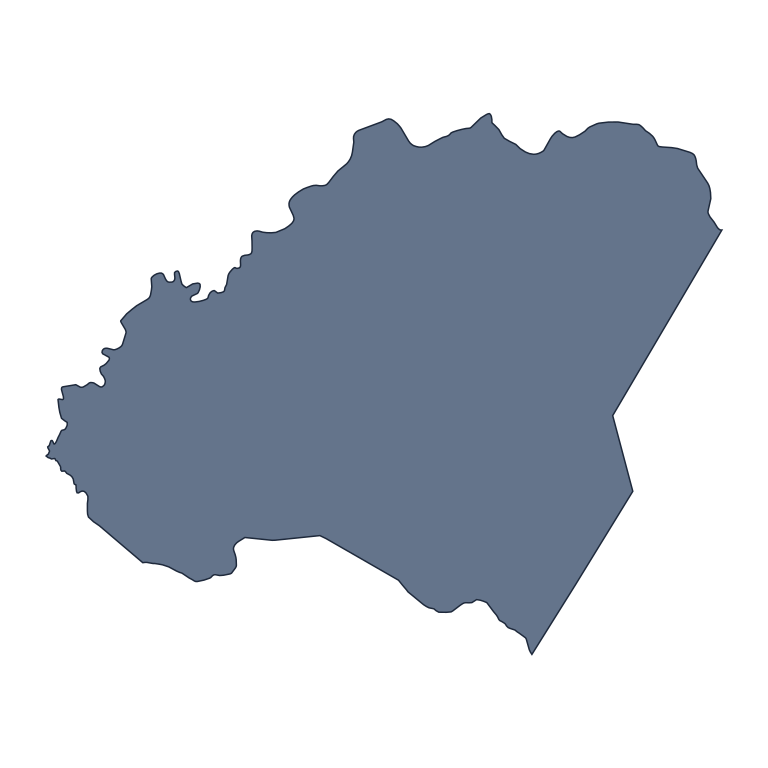 San Marcos, Santa Bárbara, Honduras
{"feature_id": "27666195B40809128774202", "entity_name": "San Marcos", "entity_type": "district", "adm_level": 2, "iso_a3": "HND", "parent_name": "Honduras", "parent_adm1": "Santa Bárbara", "projection": "natural_earth1", "projection_center": [-88.436, 15.258], "detail": "fine", "context": "isolated", "style": "filled", "palette": "slate", "viewbox_px": 768, "rotation_deg": 0, "n_neighbors": 0, "source": "geoboundaries", "source_scale": "gbopen_adm2", "svg_char_len": 6037}
<svg xmlns="http://www.w3.org/2000/svg" viewBox="0 0 768 768"><path d="M57.5,461.4L60.4,466.4L60.7,467.7L60.6,468.4L60.9,470.1L61.8,471.2L64.7,471.0L65.6,471.8L66.7,473.3L70.2,475.2L71.8,476.6L73.2,478.9L74.1,483.8L74.8,484.4L75.8,484.7L76.1,486.1L76.1,488.0L76.5,491.3L77.1,492.8L78.6,492.9L80.4,491.7L82.1,491.1L84.0,491.3L85.8,492.7L87.0,494.6L87.9,496.3L87.9,499.6L87.4,503.4L87.4,511.0L87.6,514.2L88.5,517.1L93.6,521.8L99.3,525.7L142.8,562.7L144.9,562.4L146.9,562.4L153.0,563.5L154.8,563.5L158.7,564.1L162.5,564.8L168.8,566.9L176.4,571.0L179.6,572.4L181.9,573.1L189.2,578.0L192.2,579.6L194.4,581.0L195.8,581.5L197.4,581.5L204.0,580.1L209.6,578.2L210.7,577.6L212.6,575.6L214.0,574.8L215.4,574.7L219.5,575.5L221.4,575.4L223.7,575.2L230.1,573.9L231.5,573.2L235.4,568.0L236.1,566.7L236.4,565.4L236.2,559.8L235.9,557.5L235.2,554.7L233.9,551.0L233.5,549.3L233.5,548.1L233.9,546.7L234.9,544.8L236.7,542.8L238.6,541.4L244.9,537.5L272.2,540.3L275.2,540.2L319.9,535.6L326.1,538.6L398.5,580.2L402.7,585.4L406.7,590.1L407.9,591.8L423.6,604.7L426.4,606.5L429.0,607.8L433.9,608.8L436.1,610.7L438.8,612.2L446.3,612.3L451.1,611.9L452.8,610.9L460.3,605.2L462.9,603.5L464.3,602.9L465.8,602.7L469.0,602.8L471.9,602.6L476.6,599.6L480.2,600.2L483.4,601.2L486.6,602.5L487.2,603.1L493.6,611.7L496.3,614.9L497.6,616.9L498.8,619.4L499.7,620.5L502.2,621.8L504.7,623.4L505.4,624.1L506.5,625.9L508.2,627.6L510.3,628.5L514.9,630.0L517.1,631.8L519.4,633.3L525.5,637.8L526.1,638.7L526.5,639.9L529.3,649.8L530.4,652.1L531.9,654.4L575.8,584.2L632.8,491.3L612.7,415.6L721.9,230.0L720.8,230.0L719.7,229.7L718.7,228.9L717.5,227.7L714.0,222.0L710.0,216.9L708.4,213.8L708.0,212.4L708.0,211.2L710.8,198.7L710.5,192.5L709.8,188.4L709.0,185.7L707.7,183.1L697.7,168.2L696.7,164.9L696.2,160.7L695.7,158.5L695.0,156.5L694.1,154.9L692.6,153.6L690.1,152.4L677.5,148.5L671.5,147.6L662.3,147.0L659.4,146.6L658.6,146.3L657.9,145.8L657.3,144.8L654.9,139.6L653.7,137.6L652.6,136.2L649.5,133.4L645.5,130.7L643.2,128.1L641.3,126.3L639.7,125.1L638.8,124.6L636.8,124.3L633.2,124.3L618.0,122.0L608.2,122.1L598.9,123.2L596.8,123.8L589.7,127.0L587.8,128.3L585.0,131.2L579.5,134.8L575.1,137.0L572.4,137.6L569.7,137.4L567.0,136.5L562.5,133.7L559.9,131.3L559.2,131.0L558.2,131.1L556.8,131.7L554.8,133.2L552.1,136.2L550.5,138.6L544.1,150.0L543.5,150.8L541.3,152.2L538.7,153.4L536.1,154.1L533.6,154.3L529.4,153.6L525.4,152.0L520.1,148.6L515.8,144.4L509.7,141.4L504.3,138.3L501.8,134.8L498.9,129.6L494.8,125.4L492.1,122.9L491.9,122.2L491.9,119.6L491.3,116.2L490.3,114.3L489.3,113.6L488.1,113.8L486.5,114.5L480.8,118.0L471.1,127.4L470.3,127.9L469.5,128.2L466.0,128.5L461.7,129.4L457.1,130.6L452.9,132.0L451.1,132.9L449.5,134.7L448.3,135.6L446.5,136.4L443.0,137.3L440.3,138.6L434.9,141.4L428.3,145.5L425.3,146.6L421.7,147.2L418.9,147.1L416.2,146.5L413.5,145.6L411.8,144.5L410.2,143.1L408.6,141.0L401.0,128.1L399.6,126.3L397.4,123.8L393.8,120.9L391.1,119.3L388.6,118.9L386.3,119.4L381.8,121.8L358.7,130.4L357.1,131.3L355.7,132.5L354.4,134.3L353.6,136.5L353.5,138.6L353.8,142.2L352.4,152.2L351.6,155.7L350.1,159.2L348.4,161.8L346.7,163.8L337.9,171.0L333.3,176.4L328.7,182.5L326.9,184.4L325.9,185.0L324.9,185.4L322.3,185.8L319.9,185.8L316.2,185.3L313.5,185.5L311.5,186.0L306.8,187.6L303.3,189.0L298.7,191.8L294.8,194.7L292.5,196.9L290.9,198.9L290.0,200.3L289.3,202.0L289.0,203.6L289.1,205.7L289.4,207.2L293.2,215.3L294.0,218.2L293.9,219.6L293.5,220.9L292.2,222.9L290.9,224.2L288.5,226.2L284.8,228.7L275.9,232.4L271.2,232.8L266.8,232.7L262.7,232.2L259.3,231.2L257.1,230.9L254.7,231.3L253.7,231.9L252.9,232.5L252.1,233.9L251.7,235.8L252.0,240.9L252.1,248.0L252.0,251.2L251.5,252.9L250.8,253.8L249.2,254.6L247.6,255.0L244.7,255.3L242.7,256.0L241.8,256.5L241.1,257.5L240.6,258.9L240.4,260.9L240.6,265.1L240.4,266.5L239.9,267.4L239.0,268.0L237.1,268.4L236.2,268.2L235.0,267.6L234.3,267.7L232.4,269.2L229.8,272.2L228.7,274.0L228.1,275.6L226.6,284.5L225.0,287.6L224.5,290.5L224.1,291.2L223.4,291.8L221.2,292.6L217.7,293.1L214.4,290.6L213.3,290.7L211.6,291.5L210.1,292.8L208.6,295.4L208.0,297.8L207.3,298.6L206.4,299.2L203.5,300.3L199.3,301.4L194.9,302.0L192.9,301.9L191.7,301.4L190.8,300.6L190.4,299.4L190.5,298.1L191.2,296.9L192.0,296.0L197.5,293.4L198.2,292.5L199.5,289.7L200.2,286.8L200.1,284.6L199.8,284.0L199.2,283.5L197.7,283.1L192.7,283.9L186.6,287.5L186.3,287.6L185.6,287.2L183.4,285.6L181.9,284.0L181.0,280.9L179.3,273.5L178.5,271.7L178.0,271.2L177.4,271.0L175.9,271.4L174.6,272.5L174.5,274.2L174.9,278.0L174.7,279.3L174.3,280.4L173.5,281.3L172.8,281.8L171.8,282.1L169.2,282.2L168.0,281.9L167.2,281.4L166.3,280.3L165.4,278.8L163.5,274.6L162.6,273.7L161.4,273.1L159.5,273.1L156.8,273.8L154.2,275.2L152.4,276.7L151.5,277.8L151.2,278.7L151.8,286.7L151.4,290.1L150.5,295.0L150.0,296.4L149.4,297.5L148.5,298.5L147.0,299.6L136.8,305.6L132.3,309.1L126.7,313.8L120.8,320.7L120.7,321.2L121.2,322.5L125.4,329.6L126.1,332.0L126.0,332.9L122.6,344.0L121.9,345.5L120.8,346.7L118.9,348.0L116.9,349.0L114.9,349.7L113.6,349.8L107.5,348.3L106.1,348.2L104.8,348.4L103.9,348.8L103.0,349.6L102.3,350.7L102.0,352.4L102.7,353.8L108.9,357.2L109.2,357.6L109.4,358.3L109.3,359.2L109.0,360.1L106.2,363.5L104.2,365.1L100.7,366.9L100.2,367.6L99.8,368.6L100.2,371.2L101.4,374.0L103.5,376.4L104.6,378.6L105.2,380.4L105.3,381.5L105.1,382.9L104.7,384.3L103.9,385.5L102.2,386.8L101.2,387.0L100.4,386.9L99.4,386.5L93.9,383.0L92.6,382.7L90.8,382.5L89.3,382.9L87.0,384.8L85.1,385.9L83.4,386.9L82.1,387.3L80.4,387.2L75.8,384.7L63.0,386.8L62.2,387.1L61.7,387.7L61.5,388.6L61.5,389.7L63.4,396.7L63.5,398.6L63.2,399.3L62.5,399.6L59.0,399.0L58.4,399.2L58.0,399.6L58.9,407.4L59.8,412.4L61.5,418.3L64.7,420.8L67.2,422.4L67.2,425.2L66.1,427.7L65.2,429.1L64.0,429.8L61.9,430.3L61.1,431.1L59.6,434.5L58.2,437.2L56.5,441.2L55.6,442.8L54.9,443.7L54.3,444.0L53.8,443.8L52.9,441.7L52.2,440.6L51.4,440.5L50.8,440.9L49.3,445.5L47.7,446.9L47.9,447.9L49.5,450.9L49.4,451.6L48.2,454.3L47.2,454.9L46.1,456.0L48.1,457.6L49.8,458.1L51.5,459.0L54.4,458.5L54.9,458.6L55.9,460.6L56.7,460.7L57.5,461.4Z" fill="#64748b" stroke="#1e293b" stroke-width="1.5"/></svg>